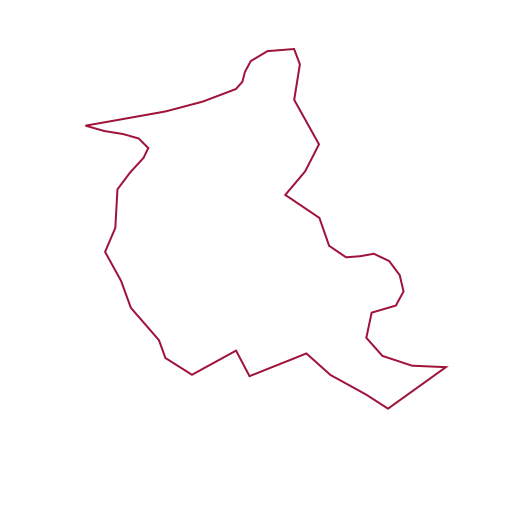 the border of Jomala, rotated 250°
{"feature_id": "ALD-4810", "entity_name": "Jomala", "entity_type": "state/province", "adm_level": 1, "iso_a3": "ALA", "parent_name": "Aland", "parent_adm1": "", "projection": "mercator", "projection_center": [19.918, 60.13], "detail": "fine", "context": "isolated", "style": "outline", "palette": "rose", "viewbox_px": 512, "rotation_deg": 250, "n_neighbors": 0, "source": "natural_earth", "source_scale": "10m", "svg_char_len": 750}
<svg xmlns="http://www.w3.org/2000/svg" viewBox="0 0 512 512"><g transform="rotate(250 256 256)"><path d="M270.1,328.6L240.5,328.2L224.0,340.2L220.2,353.7L217.8,367.5L205.7,379.4L188.8,384.5L172.2,382.5L161.6,370.5L163.2,345.3L141.4,331.7L118.9,340.6L99.6,365.0L86.6,396.4L67.4,327.8L88.2,312.0L118.7,285.3L147.2,270.0L145.3,208.8L173.9,204.9L166.3,155.2L191.1,136.0L210.1,136.0L250.1,120.7L278.7,120.7L311.5,115.6L330.5,133.4L366.0,148.6L377.5,166.2L386.7,183.9L394.3,191.7L406.5,186.0L416.0,172.9L425.3,156.2L436.8,140.3L422.8,220.4L419.3,258.9L419.8,294.3L424.4,302.8L432.7,308.5L441.0,317.8L444.6,336.8L437.5,362.6L421.1,362.8L389.7,345.3L339.4,353.4L318.7,331.1L303.4,304.4L270.1,328.6Z" fill="none" stroke="#9f1239" stroke-width="2"/></g></svg>